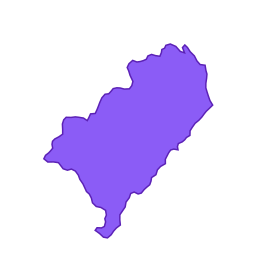 Sardoá, Minas Gerais, Brazil, rotated 129°
{"feature_id": "56859067B85118179369931", "entity_name": "Sardoá", "entity_type": "district", "adm_level": 2, "iso_a3": "BRA", "parent_name": "Brazil", "parent_adm1": "Minas Gerais", "projection": "natural_earth1", "projection_center": [-42.402, -18.781], "detail": "fine", "context": "isolated", "style": "filled", "palette": "violet", "viewbox_px": 256, "rotation_deg": 129, "n_neighbors": 0, "source": "geoboundaries", "source_scale": "gbopen_adm2", "svg_char_len": 1809}
<svg xmlns="http://www.w3.org/2000/svg" viewBox="0 0 256 256"><g transform="rotate(129 128 128)"><path d="M181.5,83.1L177.2,84.7L173.9,82.9L172.9,78.6L170.2,76.7L165.6,76.7L162.3,76.2L158.4,75.4L154.8,76.7L151.7,78.5L146.7,76.9L142.0,78.8L137.4,78.5L132.2,76.5L128.8,79.3L126.0,79.9L121.7,80.8L118.3,81.0L115.6,79.2L113.5,75.4L111.3,77.9L108.4,79.1L104.6,77.1L101.5,76.5L98.6,76.6L94.8,75.2L91.1,78.0L86.9,78.5L82.1,78.8L77.4,77.8L73.1,77.5L68.9,77.7L65.7,77.7L61.3,77.1L56.9,76.6L55.1,81.6L52.5,85.8L50.0,89.6L47.8,92.8L44.3,95.6L39.9,98.2L36.4,100.6L34.2,103.7L30.7,107.6L33.3,111.9L32.5,116.6L30.2,121.8L29.6,127.6L28.0,132.5L27.7,136.1L31.2,136.3L34.0,131.4L35.6,135.5L34.5,142.2L36.1,148.0L39.9,150.6L43.0,149.8L45.7,151.1L48.4,149.5L52.2,148.4L54.4,152.1L56.0,156.0L59.5,157.9L63.0,157.0L66.0,158.5L68.6,160.3L71.1,162.6L72.5,166.9L77.4,167.7L81.5,166.7L83.1,163.5L85.8,159.5L88.7,153.5L92.7,151.7L96.7,151.6L100.1,155.4L101.8,159.2L103.8,162.0L106.7,164.3L110.5,164.3L113.5,164.5L116.2,167.1L121.0,167.3L125.9,166.0L129.8,164.7L133.0,163.7L137.3,162.6L140.6,166.0L144.4,165.0L147.9,164.3L148.3,168.9L150.7,173.1L152.5,175.9L155.6,178.9L158.6,182.8L162.1,183.1L166.2,181.5L170.2,177.9L173.9,174.9L178.4,176.2L182.6,178.0L185.8,178.3L188.5,176.8L191.1,173.8L194.4,173.8L197.3,174.0L201.1,174.9L204.9,174.0L204.9,168.9L201.3,164.6L198.7,160.2L200.5,152.7L198.9,148.5L195.5,146.1L194.6,141.8L195.9,136.9L198.2,133.1L199.8,127.8L202.0,123.3L203.5,120.3L203.7,116.4L205.5,112.4L208.5,108.5L209.0,103.3L206.8,99.0L206.1,93.6L209.3,90.0L213.1,88.9L215.1,86.3L219.4,84.4L222.3,85.7L225.0,89.3L228.2,89.1L227.9,83.6L228.3,78.4L226.3,74.8L221.6,73.9L217.1,74.3L213.0,74.1L208.2,72.9L204.6,76.5L200.6,79.7L195.9,80.1L191.1,80.5L186.9,82.9L181.5,83.1Z" fill="#8b5cf6" stroke="#5b21b6" stroke-width="1.5"/></g></svg>